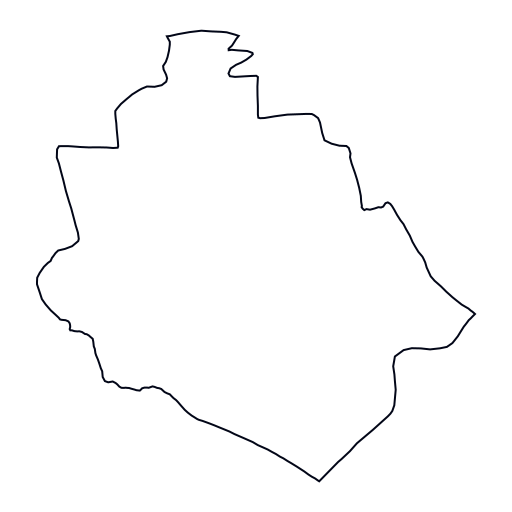 Ba Phnum, Prey Vêng, Cambodia
{"feature_id": "14789045B90581067324200", "entity_name": "Ba Phnum", "entity_type": "district", "adm_level": 2, "iso_a3": "KHM", "parent_name": "Cambodia", "parent_adm1": "Prey Vêng", "projection": "albers", "projection_center": [105.415, 11.288], "detail": "fine", "context": "isolated", "style": "outline", "palette": "ink", "viewbox_px": 512, "rotation_deg": 0, "n_neighbors": 0, "source": "geoboundaries", "source_scale": "gbopen_adm2", "svg_char_len": 3740}
<svg xmlns="http://www.w3.org/2000/svg" viewBox="0 0 512 512"><path d="M311.8,114.0L306.5,113.9L298.8,114.2L287.4,114.6L274.8,116.3L264.6,118.0L260.1,118.2L258.3,117.7L257.9,114.6L257.9,106.0L257.5,95.4L257.4,86.5L257.9,77.0L256.3,75.8L250.3,76.0L243.4,76.4L235.0,76.9L229.9,76.2L228.5,73.5L230.6,68.5L236.1,64.8L241.2,62.6L246.4,59.6L251.2,56.0L252.8,54.2L252.4,52.9L247.3,51.0L238.2,50.4L231.8,49.8L228.7,50.2L228.6,48.7L232.0,45.6L233.5,43.3L236.2,39.0L238.7,35.9L234.9,34.6L226.7,32.3L220.9,31.8L211.2,31.4L201.4,30.7L189.6,32.1L177.8,34.2L169.9,36.0L166.9,36.3L167.8,38.1L169.8,41.7L169.8,44.7L169.0,50.7L167.5,57.2L165.8,61.9L163.1,66.0L163.6,69.5L166.1,74.7L167.1,78.3L166.2,81.7L161.7,85.2L154.6,86.8L147.0,86.5L141.7,88.7L138.8,90.3L132.2,94.4L126.1,99.5L121.0,103.9L117.1,108.5L115.3,111.0L115.3,113.8L115.7,118.5L116.3,123.2L116.7,129.3L117.3,135.5L117.9,141.7L118.2,146.2L117.7,147.7L113.1,148.0L106.8,147.5L97.9,147.3L88.7,147.4L80.2,147.0L72.4,146.4L67.7,146.1L62.9,146.1L59.0,146.2L57.1,149.3L56.9,154.7L56.8,157.6L58.9,163.4L61.0,171.6L63.4,180.5L65.9,191.0L68.9,201.1L71.3,208.6L73.7,217.7L74.4,220.3L75.6,225.1L77.9,232.6L78.8,238.9L78.2,241.1L72.1,246.2L65.0,248.9L58.2,250.5L55.5,253.1L53.0,256.6L52.0,257.8L50.6,261.0L47.9,262.9L43.9,266.8L39.7,272.9L37.2,277.7L37.0,281.7L37.0,284.3L39.7,292.3L41.9,299.1L45.6,304.4L50.8,310.4L55.5,314.7L58.7,317.7L60.0,319.4L61.5,319.8L65.6,320.2L68.4,321.4L69.7,323.3L70.1,325.2L70.2,327.0L69.7,329.1L70.3,330.3L71.8,330.3L74.3,331.1L77.2,331.4L79.4,331.3L82.0,332.0L85.0,334.0L86.7,334.2L88.9,335.5L90.2,336.7L92.7,338.8L93.3,341.8L93.8,346.4L94.8,348.9L95.4,353.1L96.1,355.3L97.9,359.5L99.4,363.8L100.8,368.2L102.2,371.3L102.7,377.0L104.9,381.1L108.2,382.3L110.5,381.9L112.7,381.5L115.6,383.0L117.3,384.4L119.3,386.6L121.4,387.8L123.8,387.9L125.5,387.7L127.4,387.9L129.1,388.0L131.3,388.7L134.6,389.6L136.4,390.2L139.8,390.6L141.0,389.5L142.1,388.3L144.5,387.6L147.1,387.6L148.7,387.8L152.5,386.4L154.6,386.9L157.1,387.9L159.1,388.2L161.3,389.0L162.9,390.5L164.5,392.0L167.3,393.4L169.8,394.3L171.7,396.3L173.5,398.1L176.1,400.1L177.9,402.0L181.6,406.3L182.5,407.3L184.7,409.8L187.8,412.6L191.7,415.6L194.3,417.2L197.1,419.0L198.8,419.8L202.5,420.9L206.1,422.2L209.9,423.6L214.5,425.4L218.6,427.1L224.5,429.5L229.4,431.5L234.3,434.0L239.1,436.1L243.5,438.0L247.8,439.9L252.8,442.1L257.8,445.1L263.0,447.4L267.7,449.5L271.9,451.9L275.9,454.0L279.9,456.6L283.3,458.3L287.5,461.0L291.1,463.1L293.7,464.7L296.8,466.6L300.8,469.2L304.2,471.4L308.4,474.5L311.8,476.7L315.0,478.4L317.8,480.4L319.2,481.3L328.0,472.3L338.2,461.9L341.6,459.0L349.9,451.2L356.9,443.3L372.8,429.9L387.9,416.3L390.4,413.7L392.3,411.0L394.3,405.3L395.0,397.5L395.7,389.8L394.9,381.0L394.4,374.4L393.2,366.3L394.4,359.4L394.9,356.5L403.6,350.1L411.8,348.2L420.8,348.4L430.1,349.4L440.0,348.3L446.9,346.9L452.4,343.1L457.8,336.3L460.7,331.6L463.2,327.6L463.9,326.5L464.9,325.3L466.6,323.1L468.8,320.1L470.7,318.4L472.3,316.7L473.4,315.6L475.0,314.0L473.7,312.8L472.4,311.7L470.8,310.6L468.4,308.5L466.1,307.2L461.7,304.6L457.0,300.9L452.3,297.1L446.2,291.6L441.1,286.5L434.6,280.8L430.7,276.3L426.7,267.6L425.2,262.4L423.5,258.7L422.4,256.6L418.4,251.9L415.0,246.3L412.5,241.9L409.8,235.6L406.2,229.4L403.5,224.1L400.5,220.3L397.1,215.0L395.5,212.1L394.2,209.7L392.1,206.2L390.3,203.9L387.8,202.4L385.5,203.2L383.8,205.7L383.2,206.6L381.0,207.5L378.4,207.2L374.9,208.4L370.0,209.7L366.5,209.1L364.3,210.1L362.7,208.7L361.6,207.1L361.9,206.0L361.2,202.0L360.8,195.8L359.2,187.9L357.1,179.8L355.0,173.1L351.6,163.4L350.0,157.2L350.5,153.4L348.8,148.0L346.4,146.0L339.4,145.7L331.6,143.7L324.5,140.3L322.2,133.0L320.0,122.5L318.1,118.1L314.0,115.1L311.8,114.0Z" fill="none" stroke="#020617" stroke-width="2"/></svg>